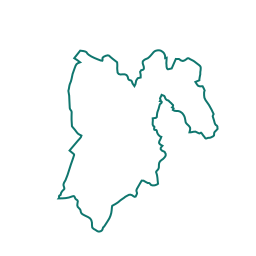 SVG path tracing the border of México, rotated 341°
{"feature_id": "MEX-2731", "entity_name": "México", "entity_type": "State", "adm_level": 1, "iso_a3": "MEX", "parent_name": "Mexico", "parent_adm1": "", "projection": "albers", "projection_center": [-99.447, 19.349], "detail": "fine", "context": "isolated", "style": "outline", "palette": "teal", "viewbox_px": 256, "rotation_deg": 341, "n_neighbors": 0, "source": "natural_earth", "source_scale": "10m", "svg_char_len": 5853}
<svg xmlns="http://www.w3.org/2000/svg" viewBox="0 0 256 256"><g transform="rotate(341 128 128)"><path d="M212.7,117.5L211.9,118.5L211.4,119.5L211.0,120.7L210.6,121.9L210.1,124.2L210.4,126.9L211.9,132.1L212.1,132.9L213.0,138.1L213.5,142.7L213.0,143.2L212.4,143.8L211.9,144.5L211.8,148.8L211.6,151.4L211.7,152.7L212.0,153.7L212.6,154.4L212.9,155.1L213.0,155.8L212.7,156.7L212.4,158.0L211.0,158.8L209.8,159.4L208.7,159.9L207.9,160.7L207.4,161.9L206.9,163.0L206.0,163.5L204.8,163.7L203.4,163.9L202.4,163.9L200.5,163.4L199.4,163.4L198.7,163.4L198.1,163.2L197.7,162.7L197.5,161.9L197.3,161.2L197.0,160.4L196.7,159.7L196.5,158.9L196.1,157.5L195.9,156.9L195.5,156.2L195.0,156.2L194.4,156.4L193.8,156.4L193.0,155.8L192.3,155.1L190.8,153.6L190.7,153.5L190.4,153.3L190.2,153.3L188.8,152.9L185.8,152.5L184.7,152.1L186.0,150.1L186.5,149.1L186.8,147.9L186.8,147.7L186.3,145.9L184.9,143.2L184.4,141.7L184.5,140.6L184.7,139.6L185.0,137.4L185.1,136.2L185.0,134.9L184.8,133.7L184.4,132.5L184.4,132.3L184.2,131.8L184.1,131.6L183.7,131.0L183.3,130.4L182.8,129.8L182.3,129.2L180.8,128.2L179.1,127.6L177.5,126.8L176.3,125.5L177.5,124.3L177.1,123.7L176.8,123.3L176.4,122.9L177.3,122.4L177.9,121.6L178.0,120.8L177.5,120.0L177.0,118.7L176.8,118.4L176.2,117.3L175.8,116.6L175.5,115.9L175.2,115.2L174.3,114.6L173.6,113.9L173.1,112.9L172.9,111.6L172.9,111.4L172.9,111.2L172.9,110.1L172.6,109.4L172.0,108.8L171.3,108.3L170.6,107.6L170.1,108.1L169.7,108.7L169.1,109.2L168.6,109.7L167.9,110.5L167.9,111.4L167.9,112.2L167.0,113.0L168.0,113.5L168.4,114.2L168.1,114.9L167.2,115.5L166.6,115.6L166.1,115.8L165.7,116.2L165.3,116.7L164.0,118.6L163.0,120.1L161.8,121.5L160.7,123.0L159.9,124.5L159.5,125.4L158.8,127.0L157.6,127.5L156.1,127.2L154.5,126.9L154.0,128.8L153.1,130.9L152.4,132.9L152.7,134.6L153.1,134.9L153.3,135.2L153.3,135.6L153.2,135.9L152.6,136.7L152.3,137.6L152.4,138.3L153.3,138.8L153.7,138.9L154.0,139.1L154.2,139.4L154.3,139.8L154.1,141.6L154.2,143.2L154.7,144.8L155.5,146.2L155.7,146.5L156.0,146.8L156.3,147.0L156.6,147.2L155.9,148.1L155.1,149.0L154.2,149.9L153.3,150.7L152.5,152.2L152.8,153.5L153.7,154.8L154.8,156.0L153.4,156.8L152.4,157.6L152.0,158.7L152.7,160.4L154.8,162.4L155.2,164.8L154.6,166.4L153.3,167.5L151.3,168.6L150.3,168.9L149.3,169.2L148.3,169.6L147.4,170.0L146.2,171.1L145.4,172.5L144.8,174.1L144.2,175.6L143.3,176.7L142.2,177.4L141.0,178.0L140.2,178.8L140.2,179.4L140.1,182.0L139.6,184.7L138.9,187.5L138.3,190.2L138.2,190.4L138.2,190.5L136.7,190.9L134.6,190.9L132.6,190.3L131.3,189.4L130.5,187.5L129.9,186.8L128.8,186.5L127.2,184.8L125.6,182.9L123.8,182.2L121.7,184.0L120.1,185.4L117.6,187.6L116.9,188.2L116.2,188.9L115.6,189.8L115.4,190.9L115.4,192.0L115.2,192.9L114.3,193.9L112.9,195.3L111.8,195.2L110.9,194.2L109.9,192.8L108.5,191.8L107.2,191.5L105.7,191.7L103.9,192.0L103.4,192.1L102.9,192.2L102.4,192.4L101.9,192.6L100.1,193.1L98.3,193.6L96.5,194.2L94.8,194.9L93.0,195.4L91.3,195.8L89.5,196.1L87.8,196.4L87.6,196.6L87.4,197.0L87.2,197.4L87.0,197.7L85.8,200.4L84.5,202.9L82.9,205.2L81.0,207.3L79.1,208.9L77.1,210.5L75.2,212.0L73.2,213.5L72.1,213.9L71.4,214.8L70.8,215.7L69.8,216.4L68.7,216.7L67.4,216.6L66.2,216.2L65.3,215.4L64.1,213.8L63.4,213.0L62.7,212.3L61.8,210.5L62.3,208.2L63.1,205.7L63.3,203.4L62.8,201.3L61.5,199.5L58.3,196.3L57.6,195.5L56.9,194.7L56.3,193.7L56.1,192.7L56.1,191.5L56.3,190.4L56.2,189.4L55.7,188.2L54.8,186.2L54.9,184.5L55.7,182.8L56.7,180.9L56.6,179.9L56.1,179.1L55.5,178.4L55.2,177.5L55.1,176.0L54.9,175.1L54.2,174.6L53.0,174.5L49.5,174.5L46.2,174.0L42.9,173.1L39.5,172.0L40.2,171.5L40.4,170.8L40.5,170.1L41.0,169.6L41.6,169.4L42.0,169.5L42.4,169.4L42.9,168.7L43.6,167.6L44.7,166.7L45.9,165.9L46.9,165.5L48.0,164.8L48.3,163.6L48.3,162.3L48.4,160.9L49.0,159.8L49.9,158.7L51.1,157.7L52.1,156.8L53.0,155.7L54.8,153.6L55.7,152.5L62.2,143.8L66.7,138.1L67.4,137.1L68.1,136.3L68.4,135.4L67.9,134.4L65.4,130.3L67.7,128.9L76.8,123.5L78.3,122.7L80.4,121.4L81.5,120.0L80.1,118.6L79.0,117.3L78.3,115.8L77.2,112.4L76.1,109.6L75.8,108.8L75.6,108.0L77.4,101.6L78.4,98.7L79.9,94.6L80.0,93.6L79.7,92.5L79.4,91.5L79.4,90.3L81.1,84.4L82.9,78.3L83.1,77.1L83.3,75.9L83.7,73.5L84.6,72.1L85.4,70.7L86.2,69.2L87.1,67.8L87.6,67.2L89.3,65.2L90.7,63.1L93.2,58.9L97.1,54.0L98.7,52.1L100.1,50.9L101.7,50.4L104.1,50.3L103.1,48.8L102.1,47.3L101.0,45.9L99.9,44.5L108.0,39.3L111.0,40.8L112.5,41.8L113.4,42.8L113.8,44.4L114.2,45.1L114.6,45.9L116.6,48.4L119.1,50.9L121.7,53.2L124.2,55.3L125.6,56.0L126.1,55.4L126.4,54.2L127.0,53.2L128.4,52.7L130.5,52.5L132.5,52.7L133.6,53.4L134.1,54.3L134.6,55.3L135.2,56.2L135.7,57.1L139.1,62.3L138.6,64.3L138.0,66.1L137.3,67.8L136.8,69.6L136.2,72.3L136.8,73.9L138.2,74.9L140.4,75.5L142.4,76.2L143.8,77.4L144.4,79.2L144.2,81.6L144.4,82.4L144.8,83.0L145.3,83.4L146.1,83.8L146.6,84.5L146.8,85.4L146.8,87.4L147.7,90.5L149.3,89.0L151.2,85.8L153.4,84.1L156.4,84.4L157.3,81.9L157.7,78.9L159.4,77.6L160.3,77.8L161.2,77.8L161.9,77.5L162.5,76.7L162.9,75.0L162.9,73.2L163.0,71.4L163.7,69.8L165.1,69.1L166.5,68.7L167.9,68.6L169.4,68.5L171.3,67.8L173.2,66.8L175.1,65.7L176.9,64.6L178.3,64.1L179.7,64.0L181.2,64.2L182.6,64.6L183.1,64.9L183.5,65.1L183.9,65.4L184.3,65.7L185.1,66.7L185.8,67.7L186.3,68.8L186.5,70.0L186.6,71.0L186.5,72.1L186.2,73.0L185.9,74.0L186.3,74.0L187.0,74.2L187.4,74.2L186.0,77.6L185.3,79.3L184.9,81.1L184.6,81.9L184.4,82.7L184.3,83.5L184.3,84.4L184.4,84.7L184.5,85.0L184.7,85.3L184.9,85.5L188.7,85.9L192.3,82.0L195.7,78.3L198.7,79.4L200.2,81.5L201.7,82.5L203.5,82.5L205.8,81.9L206.8,81.5L207.6,81.6L208.4,82.2L209.0,83.0L211.6,85.7L212.0,86.2L212.4,86.7L212.8,87.3L213.1,87.8L214.9,90.5L215.7,91.7L216.2,92.6L216.5,93.5L216.4,94.6L216.0,95.7L215.5,96.9L214.9,98.0L214.4,99.1L213.8,100.8L212.9,102.3L212.0,103.9L211.2,105.5L211.0,106.1L210.0,106.2L207.8,106.3L206.7,106.4L207.4,109.3L208.1,111.0L209.5,112.0L212.1,112.8L212.3,113.9L212.5,115.1L212.7,117.5Z" fill="none" stroke="#0f766e" stroke-width="2"/></g></svg>